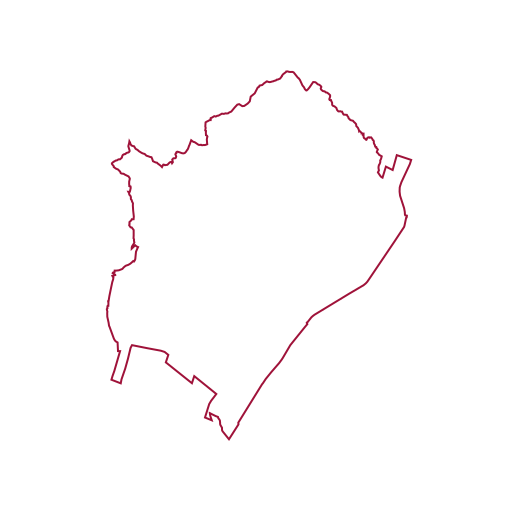 the district of Vernesti, Buzau, Romania, rotated 69°
{"feature_id": "2599482B61232109036765", "entity_name": "Vernesti", "entity_type": "district", "adm_level": 2, "iso_a3": "ROU", "parent_name": "Romania", "parent_adm1": "Buzau", "projection": "robinson", "projection_center": [26.665, 45.216], "detail": "fine", "context": "isolated", "style": "outline", "palette": "rose", "viewbox_px": 512, "rotation_deg": 69, "n_neighbors": 0, "source": "geoboundaries", "source_scale": "gbopen_adm2", "svg_char_len": 6124}
<svg xmlns="http://www.w3.org/2000/svg" viewBox="0 0 512 512"><g transform="rotate(69 256 256)"><path d="M326.4,427.9L323.0,425.8L314.3,418.5L306.1,412.4L296.8,406.0L294.8,403.7L303.0,390.7L310.3,378.8L312.8,375.7L316.9,373.3L323.0,378.3L351.8,361.4L346.0,356.7L370.6,342.5L375.1,349.8L377.4,352.7L388.5,361.5L393.5,356.2L389.0,356.0L387.7,355.8L386.2,355.4L391.0,351.0L392.6,349.2L394.1,349.3L395.5,348.8L396.7,348.7L398.9,349.3L399.9,349.7L401.1,349.8L404.1,349.3L406.4,350.1L406.9,350.1L407.8,350.0L417.4,346.9L407.0,332.8L406.4,332.5L405.5,332.4L405.2,332.2L377.9,296.3L377.3,295.2L374.3,291.0L369.8,283.2L364.2,272.7L361.9,269.1L360.9,267.7L351.5,255.9L340.0,236.1L338.0,232.5L336.6,232.6L336.2,231.9L336.3,231.7L333.1,226.3L332.4,224.5L331.8,222.4L324.6,182.7L321.8,166.0L320.9,163.3L319.9,161.3L317.7,158.1L291.8,121.1L282.0,107.4L280.9,106.5L274.4,102.3L274.5,102.2L273.7,101.3L272.4,100.7L271.5,102.1L270.7,102.1L268.2,101.3L264.5,100.6L251.4,99.9L247.4,98.9L243.6,97.3L242.3,96.4L239.2,93.8L225.3,79.4L221.9,76.7L212.3,88.4L224.7,97.6L219.1,102.7L228.2,109.8L227.3,110.6L225.9,111.2L221.7,112.2L221.3,111.7L221.1,111.7L220.2,110.6L217.7,110.1L216.4,109.5L215.1,108.6L214.9,108.1L213.3,106.6L211.7,105.8L211.3,105.8L210.2,104.5L208.0,102.9L205.5,104.9L204.3,105.1L202.4,106.0L201.9,105.8L200.2,104.1L198.3,104.7L198.0,105.0L197.3,104.7L196.6,105.5L194.7,105.3L193.9,105.5L193.1,105.5L192.4,105.4L191.2,104.9L190.2,104.9L189.5,105.4L188.1,105.5L186.6,106.0L186.4,106.1L186.3,107.6L186.1,107.9L185.6,108.0L185.5,109.4L186.2,110.5L186.9,110.9L187.1,111.3L186.8,111.7L185.4,112.2L184.8,112.8L183.4,112.9L180.7,111.9L180.8,112.8L179.8,112.5L179.7,112.7L179.5,113.2L179.4,113.1L176.1,114.6L176.3,115.0L175.1,114.8L172.8,114.9L170.6,115.8L168.8,115.3L167.1,115.9L166.0,116.5L164.5,117.0L162.9,119.2L161.7,119.6L161.0,120.1L160.4,120.2L159.6,120.0L158.4,120.4L156.8,120.6L155.4,123.5L154.2,123.8L152.1,123.9L151.9,124.5L151.0,125.5L150.8,126.8L150.3,127.4L148.6,128.0L146.6,127.9L144.4,129.1L143.5,130.2L143.2,130.4L142.2,130.7L141.4,130.5L140.5,130.1L139.8,130.0L138.7,130.2L137.3,130.1L137.2,130.3L137.1,130.9L136.8,131.3L136.0,131.4L135.7,131.3L134.6,130.3L133.4,129.5L132.4,129.2L130.7,130.0L129.2,130.9L128.7,131.4L128.3,132.2L126.9,132.9L126.3,134.0L125.8,134.6L124.0,135.5L123.5,135.6L122.7,135.5L121.6,134.4L120.2,134.7L118.7,135.7L117.7,136.9L116.1,137.6L115.2,138.2L114.8,138.7L114.1,140.3L117.8,145.7L119.0,147.8L119.6,149.4L119.3,149.9L117.6,150.6L115.8,150.7L113.4,151.5L107.3,151.9L105.2,152.5L104.6,153.0L98.2,155.0L97.3,155.8L96.5,158.0L95.9,159.2L95.0,160.3L94.6,161.6L94.9,161.8L96.0,165.5L97.0,167.2L97.4,167.3L97.6,167.7L99.0,169.9L99.1,172.6L98.8,173.3L98.9,173.8L99.2,174.5L99.0,176.5L99.1,177.3L98.9,178.2L98.8,179.7L98.6,180.9L97.8,182.2L97.0,183.0L96.8,183.6L97.2,184.5L97.5,186.2L98.6,188.9L98.2,191.6L98.9,192.3L98.9,192.5L99.3,193.0L99.3,194.0L103.7,198.9L105.3,203.8L109.4,206.4L110.7,209.1L111.7,213.2L111.2,215.1L108.2,217.3L108.0,219.2L109.7,222.7L112.3,227.3L112.4,229.6L112.8,231.0L112.3,232.7L111.9,233.3L111.8,235.1L110.9,236.8L111.5,240.7L111.2,241.9L111.4,243.6L110.6,244.6L110.5,245.0L111.0,247.3L111.0,248.7L111.1,249.0L111.4,249.2L112.7,249.4L112.9,249.6L112.5,250.3L112.9,253.3L112.9,254.1L113.2,255.2L116.9,256.9L118.4,257.1L120.5,258.4L120.9,258.3L121.3,257.9L123.1,258.7L125.3,259.4L125.7,258.9L126.4,258.6L127.3,258.6L127.7,259.1L129.7,260.2L134.2,261.5L134.2,262.8L134.1,264.1L133.7,264.8L133.4,266.2L133.2,266.8L132.4,267.5L132.3,268.4L131.6,269.8L128.1,272.2L127.4,272.9L127.0,273.6L124.7,275.0L128.6,278.4L129.1,279.0L130.7,280.3L132.1,281.7L132.5,282.6L133.5,283.8L134.3,285.5L134.3,286.4L134.1,287.2L133.4,288.4L131.7,290.3L130.5,291.9L130.4,292.4L130.7,293.3L131.4,293.5L131.5,294.1L132.1,294.8L134.4,294.8L135.5,295.6L135.8,296.1L135.7,296.7L135.2,298.1L135.8,299.4L135.9,299.6L138.6,300.0L139.3,301.1L138.1,301.1L137.8,301.3L137.7,301.7L137.7,303.0L138.0,303.7L139.1,306.0L139.0,306.6L138.7,307.5L138.7,308.1L138.5,308.6L137.6,309.3L137.5,309.9L139.3,311.9L137.6,312.6L134.3,314.7L133.5,314.9L132.6,316.3L130.6,318.2L128.3,318.1L126.3,318.2L125.5,319.5L124.4,320.7L123.3,322.1L122.8,322.5L120.8,323.4L120.1,324.4L119.2,325.4L118.1,326.3L116.1,327.8L114.4,328.6L113.6,329.4L112.7,330.0L109.9,330.5L109.7,330.9L108.2,332.7L105.9,333.1L105.1,332.9L103.6,333.1L105.0,333.9L107.5,335.7L108.0,335.9L112.1,336.2L112.8,336.4L113.4,337.2L113.6,337.9L113.4,339.8L113.4,340.2L113.9,341.1L114.0,342.0L113.7,342.4L113.9,343.9L114.0,344.2L114.7,345.0L116.1,346.0L117.0,348.3L116.5,349.8L116.9,351.7L116.6,352.7L117.1,355.2L117.0,355.3L117.8,357.3L118.3,357.5L119.2,357.3L121.3,356.6L122.0,356.9L124.3,355.4L125.8,353.8L128.6,352.6L130.0,352.6L130.4,352.4L131.0,351.7L131.7,350.3L132.1,349.9L133.1,349.2L136.0,346.5L137.7,346.1L138.7,346.1L141.0,347.7L143.5,348.7L144.6,348.9L145.3,349.3L145.6,349.1L145.8,348.5L146.1,348.2L147.6,348.6L150.3,350.4L150.9,351.0L150.3,352.2L152.0,352.0L153.3,352.3L154.8,351.7L156.3,351.7L157.0,352.1L158.2,352.4L159.4,352.0L160.5,352.2L162.7,352.0L164.8,352.9L169.6,354.4L175.3,355.9L177.8,357.1L177.2,358.8L177.6,359.1L178.4,360.5L178.9,361.9L180.1,362.5L180.8,362.5L181.5,363.2L181.9,363.4L184.3,362.8L184.8,361.8L187.9,360.9L193.1,362.9L195.6,364.0L196.1,363.9L197.0,364.0L198.1,364.5L199.8,364.7L201.1,366.2L202.6,368.3L203.6,369.0L204.6,369.4L202.7,364.9L204.2,364.1L205.4,362.9L206.4,364.0L209.0,366.5L215.6,369.8L216.7,370.8L217.4,371.9L216.7,372.4L217.3,373.8L218.1,376.0L218.5,378.3L218.4,380.8L218.6,381.8L219.3,383.8L219.9,384.8L220.2,385.6L220.2,389.2L219.5,391.9L219.0,393.2L220.3,393.8L220.2,395.2L220.3,395.5L220.6,395.9L222.9,394.2L223.3,394.2L223.4,394.9L223.0,397.2L223.9,397.2L224.9,396.8L226.7,397.8L228.8,399.5L233.6,402.6L240.8,407.2L245.6,410.0L245.4,410.3L245.6,410.4L246.7,410.5L249.6,411.7L249.4,412.4L250.5,413.2L251.4,413.3L251.7,413.5L252.0,414.2L252.4,414.4L254.7,414.7L255.8,415.3L259.4,416.6L265.4,417.5L268.5,418.2L269.5,418.1L281.9,418.3L283.2,418.2L284.5,417.9L285.5,417.5L287.1,416.2L295.3,418.9L296.1,417.0L312.6,429.5L316.7,433.0L319.7,435.3L326.4,427.9Z" fill="none" stroke="#9f1239" stroke-width="2"/></g></svg>